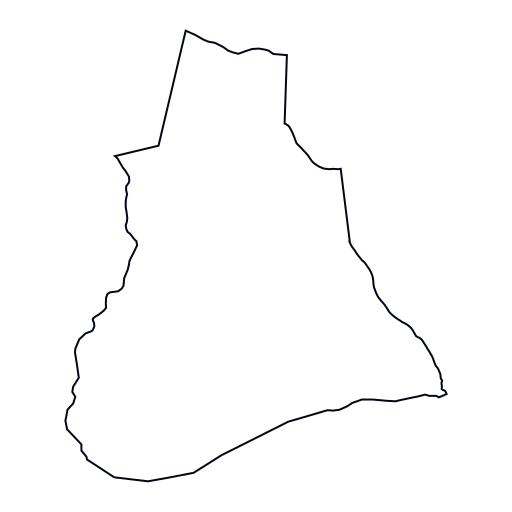 the district of Pierrot, Vieux Fort, Saint Lucia
{"feature_id": "8701671B71571062507422", "entity_name": "Pierrot", "entity_type": "district", "adm_level": 2, "iso_a3": "LCA", "parent_name": "Saint Lucia", "parent_adm1": "Vieux Fort", "projection": "albers", "projection_center": [-60.942, 13.77], "detail": "fine", "context": "isolated", "style": "outline", "palette": "ink", "viewbox_px": 512, "rotation_deg": 0, "n_neighbors": 0, "source": "geoboundaries", "source_scale": "gbopen_adm2", "svg_char_len": 3539}
<svg xmlns="http://www.w3.org/2000/svg" viewBox="0 0 512 512"><path d="M185.7,30.7L158.5,145.7L115.0,156.1L116.0,156.9L117.6,158.5L120.9,164.3L123.2,168.1L125.2,170.5L128.9,176.5L129.3,180.2L128.9,182.6L126.3,186.0L126.1,188.4L126.1,190.0L127.1,194.4L126.3,197.4L125.7,201.6L125.7,207.2L126.5,211.6L127.3,218.1L126.9,221.5L125.7,225.7L126.3,228.9L127.5,231.8L130.3,234.0L134.5,239.5L136.4,241.2L137.1,245.3L134.5,250.9L130.5,258.7L129.3,261.6L129.1,264.0L127.7,269.8L124.2,278.0L123.5,285.8L121.6,288.7L118.1,291.3L110.1,292.3L107.5,294.0L106.1,297.6L105.8,303.9L106.1,307.8L103.7,310.7L99.2,314.3L95.2,316.7L93.1,318.4L92.7,319.7L94.1,323.3L94.3,326.4L92.7,330.3L90.8,331.5L85.6,333.4L79.3,339.3L75.3,348.7L75.0,352.6L76.6,362.6L76.7,363.0L77.9,371.5L78.8,377.7L73.2,386.6L72.3,391.9L75.3,396.8L73.2,403.5L67.5,409.7L65.4,420.8L67.1,429.3L81.4,444.4L81.4,450.6L86.5,456.8L87.0,459.5L114.2,477.3L147.9,481.3L168.2,477.7L193.6,472.8L221.7,455.1L288.2,421.7L327.5,410.2L333.1,410.6L339.6,409.7L347.4,406.2L352.1,403.0L362.0,399.5L372.4,399.5L386.7,400.8L395.3,401.3L401.3,399.9L411.7,397.7L418.2,396.4L425.1,394.6L429.4,395.9L436.3,395.9L438.9,397.3L442.4,395.9L446.6,394.0L446.3,393.2L446.0,392.5L445.6,391.7L445.1,391.0L444.2,390.4L443.3,390.1L442.3,389.7L441.7,389.1L441.7,388.3L441.8,387.8L441.9,387.0L441.9,385.7L441.6,384.6L441.5,384.0L441.5,382.8L441.8,381.7L442.1,381.2L442.1,380.5L441.7,379.9L441.0,378.7L440.7,377.9L440.6,376.8L440.6,376.2L440.4,374.9L440.3,373.8L439.9,373.0L439.2,371.4L438.5,369.7L438.1,368.7L437.0,367.2L436.3,366.5L435.7,365.7L434.8,363.6L434.0,361.4L433.4,359.5L432.7,357.8L431.6,355.4L430.8,354.2L430.1,353.0L429.0,351.0L428.2,350.0L427.6,349.0L426.7,347.3L425.7,345.7L425.2,344.9L424.1,343.2L423.1,341.6L422.4,340.6L421.4,339.3L420.3,338.4L419.2,337.7L417.6,337.1L416.1,336.1L415.1,334.4L414.6,333.4L413.9,332.3L412.9,330.5L412.1,329.3L411.7,328.9L410.9,327.8L410.0,327.0L409.3,326.4L408.5,325.7L407.2,324.7L405.8,323.9L403.8,322.8L402.1,322.0L400.6,320.9L399.4,320.1L398.2,319.5L396.9,318.5L395.3,317.4L394.2,316.6L393.0,315.6L391.7,314.5L390.5,313.3L389.6,312.3L388.8,311.4L388.4,310.6L387.5,309.1L386.9,308.3L386.2,307.1L385.6,306.3L384.7,304.8L384.2,304.3L383.2,303.1L382.4,302.2L381.0,300.7L380.3,299.7L378.9,298.0L378.2,297.0L377.5,295.8L377.0,294.8L376.5,293.7L376.0,292.6L375.7,291.8L374.9,289.8L374.6,288.8L374.2,288.0L373.9,286.6L373.7,285.8L373.5,284.1L373.4,282.9L373.3,282.0L373.2,280.2L373.1,279.5L372.9,278.3L372.6,276.6L372.3,275.8L372.1,275.1L371.6,273.7L370.7,271.6L370.2,270.9L369.5,269.5L368.9,268.6L368.1,267.5L367.1,266.0L366.3,264.9L365.3,263.5L364.3,262.1L362.0,260.3L361.2,259.2L360.3,258.1L359.5,257.2L358.5,256.0L357.3,254.4L356.2,252.8L354.8,250.5L353.3,248.5L352.3,247.3L351.5,245.9L350.6,244.2L349.6,242.1L349.1,240.4L349.7,241.0L340.7,168.8L339.6,169.0L337.7,169.2L335.9,169.0L333.6,168.9L332.0,168.9L329.7,169.2L327.8,169.0L325.6,168.8L323.7,168.5L322.3,168.0L321.0,167.4L319.3,166.7L318.4,166.2L317.0,165.3L316.2,164.8L315.2,164.0L313.9,163.1L312.6,161.9L311.1,160.1L310.2,158.6L309.2,157.2L308.1,155.5L307.1,154.4L305.3,152.3L303.5,150.5L301.3,148.0L299.8,146.6L298.0,144.8L296.6,143.3L295.4,140.3L295.0,139.1L293.9,136.2L293.2,134.6L292.7,133.1L291.1,130.1L290.3,128.5L289.6,127.3L289.0,126.5L287.9,125.3L286.9,124.8L285.6,123.9L284.6,123.5L286.9,55.1L273.4,54.0L268.4,50.5L265.0,49.6L259.0,48.6L252.2,49.0L245.7,51.1L238.3,53.8L232.5,52.3L227.9,50.5L223.5,47.2L215.1,42.9L208.2,41.6L203.0,39.4L195.6,35.1L185.7,30.7Z" fill="none" stroke="#020617" stroke-width="2"/></svg>